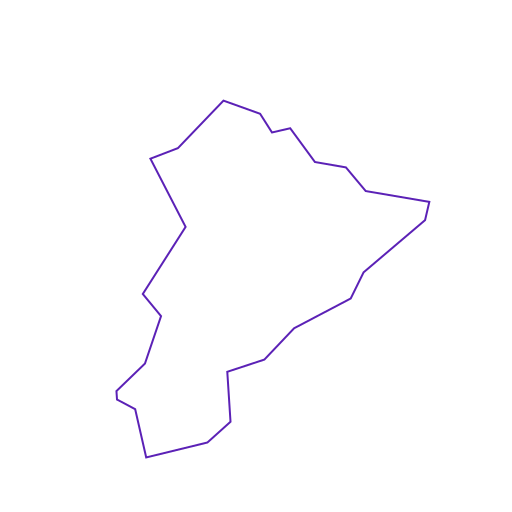 SVG path tracing the border of Castlereagh, rotated 159°
{"feature_id": "GBR-2103", "entity_name": "Castlereagh", "entity_type": "District", "adm_level": 1, "iso_a3": "GBR", "parent_name": "United Kingdom", "parent_adm1": "", "projection": "equal_earth", "projection_center": [-5.844, 54.549], "detail": "fine", "context": "isolated", "style": "outline", "palette": "violet", "viewbox_px": 512, "rotation_deg": 159, "n_neighbors": 0, "source": "natural_earth", "source_scale": "10m", "svg_char_len": 487}
<svg xmlns="http://www.w3.org/2000/svg" viewBox="0 0 512 512"><g transform="rotate(159 256 256)"><path d="M319.7,384.7L290.2,384.7L230.7,412.7L201.2,387.3L196.8,365.6L178.3,363.0L167.3,322.6L140.3,306.5L130.3,277.3L74.8,244.4L85.3,228.9L161.4,202.2L182.8,182.4L246.3,174.9L285.3,156.3L324.3,158.2L339.2,110.4L368.2,99.3L430.7,107.3L423.7,156.3L437.2,171.8L434.7,179.9L398.2,195.4L366.2,233.9L375.3,261.1L311.3,308.4L319.7,384.7Z" fill="none" stroke="#5b21b6" stroke-width="2"/></g></svg>